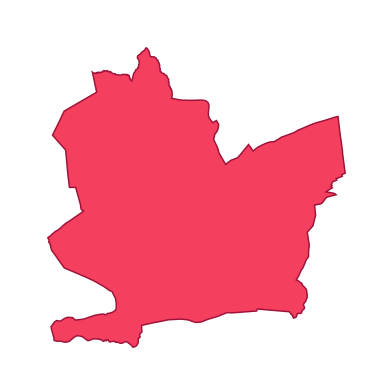 the district of Francisco I. Madero, Hidalgo, Mexico, rotated 354°
{"feature_id": "50627088B57086733135825", "entity_name": "Francisco I. Madero", "entity_type": "district", "adm_level": 2, "iso_a3": "MEX", "parent_name": "Mexico", "parent_adm1": "Hidalgo", "projection": "orthographic", "projection_center": [-99.084, 20.241], "detail": "fine", "context": "isolated", "style": "filled", "palette": "rose", "viewbox_px": 384, "rotation_deg": 354, "n_neighbors": 0, "source": "geoboundaries", "source_scale": "gbopen_adm2", "svg_char_len": 5839}
<svg xmlns="http://www.w3.org/2000/svg" viewBox="0 0 384 384"><g transform="rotate(354 192 192)"><path d="M37.7,311.3L38.2,315.5L39.5,323.0L39.3,325.1L40.3,325.6L41.7,326.1L43.3,326.4L46.2,326.7L48.1,327.6L49.3,327.9L50.3,328.1L52.3,328.1L54.6,327.6L56.0,326.5L60.1,323.8L62.8,322.9L65.8,323.6L67.3,324.2L69.7,325.9L70.2,326.6L71.6,327.9L72.4,328.7L73.1,329.0L74.9,328.8L78.1,327.8L79.7,327.8L84.5,328.7L85.7,329.4L86.7,329.5L87.4,330.6L88.4,331.2L88.9,331.1L90.1,330.1L90.9,331.0L91.3,331.0L92.1,329.9L92.4,329.8L92.7,329.8L94.0,332.1L94.6,332.6L95.2,332.6L95.7,332.3L96.6,332.2L99.5,332.5L100.2,333.4L102.3,333.7L103.9,334.2L104.7,335.0L106.0,335.0L107.5,334.9L108.7,334.2L110.1,334.0L110.9,334.0L111.9,334.5L114.6,337.0L115.8,338.3L117.0,340.2L119.1,339.9L121.1,338.8L122.6,336.5L123.1,334.0L123.2,332.3L124.0,331.9L125.0,331.1L125.3,330.6L125.0,329.8L125.4,327.4L126.5,326.8L127.2,326.3L127.5,325.6L127.7,324.4L127.6,322.0L128.2,319.3L139.1,318.1L148.6,317.3L154.7,316.6L165.2,317.1L167.9,317.3L169.7,317.6L175.8,319.1L177.7,320.3L181.8,322.0L182.9,322.2L187.5,322.2L194.4,320.3L204.5,318.4L214.4,315.6L219.1,316.4L243.8,317.1L244.7,315.2L276.0,321.2L276.4,321.4L276.7,321.8L277.2,323.0L278.1,324.2L278.2,324.4L278.5,324.3L279.2,325.9L279.7,328.0L281.1,327.6L281.5,327.7L282.3,327.4L282.6,327.0L283.1,326.3L283.7,324.8L284.3,324.0L284.6,323.9L285.1,323.8L287.4,324.1L288.1,323.8L288.5,323.3L288.5,322.4L290.3,320.6L291.0,320.2L291.5,319.7L291.8,319.0L291.4,317.1L291.1,316.4L291.1,315.6L291.6,314.7L292.6,313.5L293.6,312.8L294.6,310.5L295.5,309.0L295.9,305.8L295.5,304.4L295.5,304.1L295.8,303.6L295.6,301.4L295.3,300.4L293.4,297.7L292.7,297.2L292.5,296.7L291.5,294.1L290.2,293.2L289.7,292.8L289.2,292.0L288.2,291.4L287.5,290.8L286.5,290.3L289.3,286.7L291.3,283.1L291.8,282.2L292.8,280.7L294.2,279.3L296.4,275.4L298.1,272.1L299.5,270.1L301.1,268.7L301.9,262.2L303.1,257.2L302.4,244.1L308.7,238.3L312.5,228.1L312.5,217.8L318.6,217.3L319.3,217.1L320.6,216.3L324.5,212.0L325.6,211.3L326.3,211.1L335.0,209.8L333.8,208.5L331.7,207.7L325.3,205.9L327.2,204.8L332.0,202.5L331.2,201.3L330.8,201.1L332.0,200.2L331.5,199.2L331.2,199.0L333.6,196.1L333.9,196.2L334.5,196.1L337.2,195.3L336.9,193.7L338.6,193.4L339.9,192.9L343.1,192.1L342.7,190.3L346.3,189.4L345.8,170.0L345.9,166.2L345.3,147.6L345.1,132.1L341.7,132.6L330.4,134.9L322.8,136.1L316.4,137.8L306.4,140.9L304.6,141.3L303.6,141.7L302.3,142.4L298.9,143.8L286.5,146.9L284.0,148.2L279.2,150.4L278.5,150.5L275.6,150.4L273.8,150.6L271.2,151.1L269.3,151.7L266.2,152.8L261.9,154.5L257.1,157.5L253.2,150.7L244.2,159.7L241.0,162.5L240.0,163.0L234.1,164.5L228.3,168.0L223.2,156.6L222.9,155.6L222.4,152.3L221.4,148.6L219.0,142.2L220.8,136.8L222.0,135.7L223.2,134.3L224.2,132.6L225.1,129.8L225.4,128.3L225.5,127.5L223.8,123.5L220.0,125.1L219.0,123.9L217.1,120.6L216.5,119.1L216.4,115.8L217.7,109.4L217.9,107.4L217.5,105.1L215.6,103.0L214.0,102.2L210.7,101.5L201.0,100.8L194.9,100.0L192.4,99.8L187.8,98.6L181.6,96.7L182.5,93.2L182.6,92.0L182.4,91.0L182.5,90.4L182.4,89.7L182.6,89.4L182.6,89.0L181.9,88.1L182.0,87.3L181.9,86.9L181.5,86.4L181.3,86.0L181.3,85.2L180.8,84.2L180.4,83.9L180.4,83.6L180.1,83.0L180.3,82.8L180.6,80.6L180.6,80.0L180.2,79.4L180.2,79.0L180.3,78.4L180.5,78.0L180.5,77.4L179.9,76.2L179.3,75.5L179.1,73.9L178.5,73.2L177.6,72.9L177.1,72.5L177.0,72.0L176.8,71.6L176.2,71.2L175.9,71.2L175.7,71.0L174.7,70.6L174.1,70.2L173.9,69.8L173.8,69.0L173.2,68.8L172.9,68.6L172.9,67.7L173.3,66.9L173.3,66.3L173.1,65.7L172.9,65.1L172.9,64.5L173.0,63.9L173.1,62.1L172.8,61.4L172.7,60.0L172.0,59.5L171.9,57.7L171.6,57.2L170.7,56.8L170.4,55.3L169.4,54.3L168.7,53.7L165.7,53.3L164.6,52.4L164.3,51.3L164.3,49.1L163.9,47.6L163.4,46.8L163.1,46.0L163.1,45.5L161.5,43.8L159.3,46.2L156.2,48.0L155.5,49.0L152.2,51.0L151.8,52.1L151.8,53.5L152.3,54.2L153.0,55.5L153.1,56.0L153.1,56.4L152.9,56.8L153.0,58.4L152.9,59.0L152.2,59.8L152.2,60.4L151.9,61.2L152.0,61.6L152.0,62.1L151.8,62.5L151.6,62.7L151.1,62.7L150.8,63.4L150.0,64.2L149.7,64.3L149.1,64.3L148.9,64.9L148.0,66.2L147.6,66.7L147.2,67.0L146.8,67.5L146.6,68.2L146.1,68.8L145.5,70.4L145.4,71.2L145.0,71.7L144.9,72.5L144.5,72.9L144.5,73.4L143.7,75.2L143.1,74.9L142.8,74.5L142.4,73.7L142.3,72.7L142.0,72.3L141.7,72.1L141.8,71.7L142.0,71.2L141.7,70.8L141.5,70.6L141.5,70.4L141.7,69.7L140.9,69.4L140.7,69.3L140.4,68.5L140.1,68.5L139.2,68.9L138.9,68.8L138.8,68.2L138.6,68.1L136.8,68.1L136.1,68.0L135.7,67.8L134.9,67.8L133.3,68.3L133.0,68.3L131.0,67.9L130.0,67.4L128.5,67.4L128.1,67.2L127.8,66.3L125.8,65.9L124.2,65.0L123.7,63.8L122.7,64.1L122.0,63.8L121.8,63.3L121.1,63.4L120.6,62.7L120.1,62.9L119.5,62.5L118.7,62.8L118.2,62.8L117.9,62.3L117.3,62.1L116.9,62.1L116.4,62.3L116.0,62.6L115.8,63.0L115.7,63.2L115.1,63.0L114.8,63.6L113.7,63.4L113.2,63.7L112.6,63.8L112.4,63.6L112.0,63.0L111.8,63.0L111.3,63.4L111.3,63.6L111.1,63.8L110.4,63.8L110.2,63.3L109.7,63.2L109.4,63.3L109.4,63.7L109.3,63.8L108.8,63.7L108.4,64.0L107.5,63.5L106.3,63.6L106.1,63.4L106.1,63.0L105.5,62.4L107.6,82.8L73.3,98.2L71.1,101.8L69.1,105.1L68.7,105.9L59.2,120.9L70.8,137.2L70.7,140.2L70.4,162.3L70.6,174.6L76.9,175.3L76.9,175.9L79.6,191.9L79.7,192.0L79.9,197.6L80.3,198.1L82.2,199.5L78.3,201.9L68.3,207.4L63.3,209.9L59.6,212.4L57.9,213.8L54.4,216.0L51.8,217.0L49.6,218.6L48.1,219.4L47.1,220.6L46.6,221.0L45.8,221.2L45.2,221.5L44.8,222.0L44.0,222.2L44.0,223.1L44.2,223.5L44.6,223.8L44.8,225.3L44.2,227.0L45.2,227.7L46.3,235.3L49.4,240.5L52.3,245.8L57.0,254.1L76.7,265.1L85.3,270.2L95.1,277.3L99.8,281.5L101.9,282.3L104.9,290.2L104.9,293.1L105.1,294.5L104.7,297.9L104.4,300.1L103.4,301.6L100.4,303.3L99.0,303.5L97.9,304.0L96.7,303.9L95.2,304.0L93.6,305.1L91.3,304.2L89.5,304.0L85.6,304.2L82.2,304.5L70.8,307.1L62.6,307.2L60.1,304.4L55.1,303.6L53.6,304.1L52.0,304.4L48.6,306.2L47.3,306.6L45.9,306.3L44.1,305.7L41.8,306.8L37.7,311.3Z" fill="#f43f5e" stroke="#9f1239" stroke-width="1.5"/></g></svg>